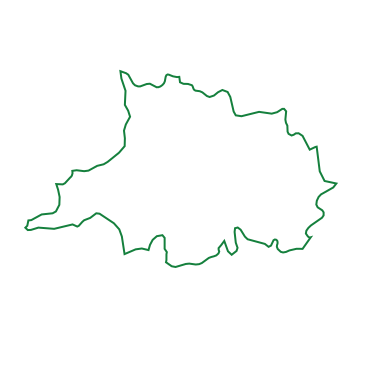 map outline of Alpes-de-Haute-Provence (orthographic projection), rotated 212°
{"feature_id": "FRA-5265", "entity_name": "Alpes-de-Haute-Provence", "entity_type": "Metropolitan department", "adm_level": 1, "iso_a3": "FRA", "parent_name": "France", "parent_adm1": "", "projection": "orthographic", "projection_center": [6.23, 44.166], "detail": "fine", "context": "isolated", "style": "outline", "palette": "green", "viewbox_px": 384, "rotation_deg": 212, "n_neighbors": 0, "source": "natural_earth", "source_scale": "10m", "svg_char_len": 2747}
<svg xmlns="http://www.w3.org/2000/svg" viewBox="0 0 384 384"><g transform="rotate(212 192 192)"><path d="M314.4,73.4L313.8,76.1L315.7,81.2L313.4,83.0L307.6,93.3L298.9,100.1L297.1,103.4L297.7,110.8L301.6,117.6L306.8,123.0L311.3,126.8L305.6,130.0L304.4,132.1L303.0,139.6L302.6,141.1L302.6,142.3L303.2,144.5L304.0,145.6L304.7,146.5L301.4,149.3L294.5,152.5L291.1,155.3L286.3,163.9L281.6,168.7L279.5,172.8L274.7,186.7L273.4,195.2L277.4,202.0L282.2,208.0L283.9,214.2L284.4,223.0L289.2,227.1L295.1,230.3L302.0,242.6L312.0,250.8L316.7,256.5L310.9,257.8L308.2,257.7L299.6,252.9L296.9,252.3L293.6,253.0L291.9,254.1L287.6,259.6L285.1,261.5L277.5,262.1L276.0,263.1L274.7,264.8L273.8,267.0L273.4,269.3L273.7,271.5L275.4,275.8L275.6,277.5L275.0,278.7L273.9,279.2L269.5,280.0L265.6,281.5L263.8,282.9L260.3,278.7L256.6,279.2L252.7,281.5L248.7,282.5L247.5,282.0L245.4,280.3L244.2,279.8L242.8,279.8L238.8,281.6L236.0,282.0L230.2,281.3L227.4,281.9L224.5,285.4L222.8,290.4L220.3,294.6L214.8,295.7L209.9,292.9L199.3,282.3L195.5,280.2L190.2,282.5L177.6,295.5L165.9,300.7L162.1,304.8L159.5,310.3L158.0,311.3L154.9,310.3L151.2,302.9L149.0,300.5L146.3,298.8L142.9,293.8L140.9,292.5L137.5,292.7L136.1,294.4L135.1,296.7L132.7,298.3L128.0,298.2L114.6,290.3L111.2,295.6L110.3,296.5L94.6,277.2L85.4,271.6L74.1,275.7L74.6,270.7L81.3,258.4L82.0,254.9L81.5,250.7L79.9,247.2L77.3,245.6L71.8,245.5L69.6,244.5L68.0,241.9L68.1,239.1L73.4,226.7L74.3,223.2L74.5,219.8L73.4,217.1L70.1,215.7L68.1,215.6L67.3,216.5L68.1,202.4L73.4,199.1L78.4,194.1L80.5,191.0L82.7,189.0L85.0,188.3L89.1,189.1L91.0,190.5L91.8,192.1L92.1,193.5L92.9,194.9L94.0,195.9L95.4,196.1L96.6,195.6L97.3,194.3L96.6,188.4L98.0,186.1L102.7,186.6L119.8,181.4L123.5,182.2L130.8,185.8L134.4,186.1L136.3,184.1L134.7,180.7L128.0,172.2L123.8,168.8L123.0,165.6L125.1,159.8L130.1,160.8L138.7,167.6L139.1,162.5L139.7,158.5L138.7,157.0L137.4,156.0L137.0,153.9L137.8,151.1L139.4,149.0L141.2,147.1L142.8,145.0L146.0,137.0L147.7,134.6L150.4,132.5L156.4,129.8L159.1,127.7L166.2,119.7L169.8,118.3L170.0,118.3L170.3,118.3L170.6,118.3L170.9,118.3L171.0,118.3L171.3,118.4L171.5,118.4L171.9,118.4L172.1,118.4L172.3,118.4L172.5,118.4L172.9,118.4L173.1,118.4L173.3,118.5L173.5,118.5L173.9,118.5L174.2,118.5L174.4,118.5L174.6,118.5L174.9,118.5L175.1,118.5L175.3,118.6L175.5,118.6L175.8,118.6L176.1,118.6L176.3,118.6L176.5,118.6L176.8,118.6L177.6,120.7L180.7,125.7L181.5,127.7L185.1,129.3L190.9,138.6L194.2,139.7L198.4,135.9L200.0,130.6L199.6,124.9L198.1,119.7L204.6,117.5L209.4,113.5L216.3,103.6L227.9,117.1L233.9,121.8L241.7,124.1L258.9,124.6L261.9,123.2L264.6,116.1L268.5,110.9L269.2,108.5L270.1,103.3L271.0,101.9L276.1,101.2L289.4,87.7L303.4,80.4L308.5,74.5L311.1,72.7L314.4,73.4Z" fill="none" stroke="#15803d" stroke-width="2"/></g></svg>